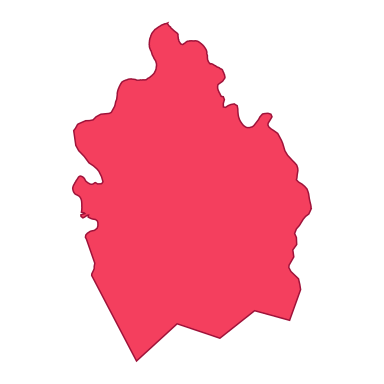 outline of Girard/Babonneau, Castries, Saint Lucia
{"feature_id": "8701671B73614942856081", "entity_name": "Girard/Babonneau", "entity_type": "district", "adm_level": 2, "iso_a3": "LCA", "parent_name": "Saint Lucia", "parent_adm1": "Castries", "projection": "mercator", "projection_center": [-60.96, 14.001], "detail": "fine", "context": "isolated", "style": "filled", "palette": "rose", "viewbox_px": 384, "rotation_deg": 0, "n_neighbors": 0, "source": "geoboundaries", "source_scale": "gbopen_adm2", "svg_char_len": 5729}
<svg xmlns="http://www.w3.org/2000/svg" viewBox="0 0 384 384"><path d="M297.7,168.1L296.7,165.1L294.8,162.9L292.3,160.4L290.5,158.4L287.6,155.3L284.9,150.8L282.7,143.4L281.5,140.5L277.7,133.4L273.6,130.5L271.2,129.0L268.9,127.0L267.9,125.0L268.2,123.1L270.2,119.9L272.0,116.8L270.9,114.2L268.4,113.4L267.6,113.3L264.4,113.6L262.5,114.0L260.0,116.8L258.5,119.6L253.8,125.7L252.3,126.8L249.5,127.6L247.1,127.6L245.7,127.1L243.5,125.5L242.0,123.7L240.5,121.5L239.5,119.6L238.6,116.9L238.2,114.9L237.9,111.8L237.8,108.9L237.2,105.7L235.3,104.6L234.3,103.9L230.9,104.5L228.2,105.6L225.5,107.4L223.4,106.9L223.3,103.5L224.4,99.6L223.3,96.7L221.3,96.4L221.1,96.3L220.9,95.5L220.5,95.1L220.3,94.8L220.3,94.5L220.0,94.0L219.9,93.7L219.7,93.2L219.1,92.5L219.0,92.0L218.9,91.7L218.1,90.0L217.9,89.1L217.7,88.6L217.6,87.8L217.7,87.0L217.6,86.5L217.9,84.9L218.0,84.6L218.6,84.1L220.0,83.1L221.1,82.3L221.6,82.0L222.1,81.6L222.7,81.1L223.1,80.6L223.7,79.6L224.0,79.2L224.6,78.6L224.8,77.7L225.0,77.3L224.8,76.4L224.8,76.1L224.5,75.3L224.5,74.7L224.2,74.1L223.9,73.6L223.7,72.7L223.4,72.3L223.2,71.7L222.9,71.3L222.8,70.8L222.6,70.3L222.4,69.9L222.0,69.5L221.8,69.3L221.1,68.9L220.4,68.8L219.9,68.4L219.8,68.2L219.3,67.8L217.7,67.1L217.4,67.2L216.0,66.2L215.6,65.8L215.0,65.7L214.8,65.5L214.3,65.3L213.7,64.8L213.4,64.6L213.0,64.4L212.7,64.3L212.3,64.1L211.8,63.8L211.5,63.8L211.0,63.7L210.7,63.9L210.5,63.6L209.9,63.7L209.7,63.5L209.4,63.1L209.2,62.9L209.1,62.6L208.7,62.1L208.1,61.1L208.1,60.7L207.8,60.3L207.7,59.9L207.6,59.6L207.5,58.9L207.5,58.4L207.4,57.8L207.4,56.7L207.4,55.5L207.2,55.0L206.8,53.8L206.7,53.4L206.8,52.9L206.8,52.5L206.9,52.2L206.7,51.5L206.5,50.7L206.2,49.9L205.7,49.1L205.5,48.6L204.0,46.5L203.8,46.2L203.5,45.9L203.2,45.6L203.0,45.3L202.6,44.9L202.2,44.6L201.4,43.8L200.9,43.5L200.2,42.9L199.8,42.6L199.5,42.3L199.2,42.2L198.8,41.9L198.4,41.6L197.7,41.3L197.2,41.1L196.8,41.1L195.9,40.8L195.2,40.8L194.8,40.8L194.2,41.0L193.8,40.9L193.2,41.0L192.5,40.9L191.9,40.8L191.2,40.8L190.2,40.9L189.9,40.8L189.5,40.9L189.0,41.2L187.9,41.1L187.5,41.4L187.0,41.4L186.6,41.7L186.2,42.0L185.6,42.4L185.2,42.8L184.8,43.1L184.6,43.3L184.2,43.5L183.8,43.7L183.6,43.9L183.4,44.2L182.9,44.4L182.3,44.5L181.9,44.3L181.1,44.0L180.8,44.0L180.3,43.3L180.2,43.0L179.9,42.7L179.2,41.5L178.9,41.1L178.8,40.5L178.7,39.8L178.7,39.6L178.3,39.1L178.3,38.0L178.2,37.5L178.1,36.8L178.0,36.0L177.9,35.4L178.0,35.1L178.1,34.8L177.8,34.1L177.6,33.6L177.4,33.4L176.8,32.9L174.2,30.9L170.6,27.6L170.5,27.0L169.1,26.0L167.4,23.6L167.7,23.0L166.2,23.6L165.2,23.8L164.2,23.9L163.9,24.3L163.2,24.5L162.8,24.6L162.5,24.7L161.8,25.0L161.2,25.3L160.3,26.0L159.1,26.6L158.3,27.2L157.5,27.7L156.6,28.4L155.8,29.0L154.9,29.5L154.5,30.1L153.9,30.8L152.5,32.5L151.8,33.5L151.6,34.0L151.2,35.0L150.8,35.8L150.7,36.3L150.5,37.2L150.2,37.7L149.9,38.5L149.7,39.5L149.6,40.0L149.5,40.7L149.4,42.0L149.3,42.7L149.3,43.6L149.2,44.8L149.4,45.3L149.4,45.9L149.4,47.0L149.6,47.4L149.8,48.3L150.0,48.6L150.5,50.1L151.0,50.6L151.0,50.9L151.3,51.6L151.8,53.2L152.0,53.9L152.2,54.7L152.6,55.5L152.8,55.8L153.6,57.4L153.9,57.8L153.9,58.2L154.3,58.9L154.7,59.4L155.7,61.1L155.9,61.7L156.2,63.0L156.5,63.7L156.5,64.8L156.6,65.4L156.3,66.2L156.5,66.6L156.2,67.6L156.1,69.0L155.7,69.9L155.3,71.0L154.8,71.8L154.6,72.5L154.3,72.8L154.2,73.2L153.9,73.5L153.4,74.1L152.2,75.2L151.5,76.0L150.7,76.4L150.0,77.2L149.6,77.4L148.9,77.9L147.9,78.3L147.3,78.8L146.3,79.7L144.9,79.9L143.8,79.9L142.9,79.8L142.1,80.0L141.4,80.0L140.2,79.9L139.4,80.2L138.8,80.2L137.8,80.2L136.9,80.2L136.5,80.1L135.7,79.6L134.7,79.4L133.8,79.3L132.8,79.2L132.0,79.1L131.3,78.9L128.9,79.1L127.8,79.4L126.8,79.9L126.1,80.0L124.4,80.7L123.4,81.1L122.9,81.5L122.2,81.9L121.8,82.2L121.3,83.0L121.1,83.5L120.8,83.7L120.4,84.6L120.2,84.8L119.9,85.6L119.4,86.4L119.2,87.0L118.5,88.6L118.2,89.3L117.9,90.3L117.7,91.0L117.4,92.3L117.2,93.6L117.3,93.9L117.2,95.2L116.7,99.2L115.7,101.7L115.1,104.7L114.6,106.4L111.3,112.4L109.3,113.4L100.9,114.2L96.2,116.7L93.0,119.9L89.4,120.6L85.7,120.7L82.9,121.9L78.6,123.8L77.6,124.4L75.4,128.4L73.7,130.6L75.8,145.4L78.7,150.7L84.3,156.5L89.0,162.9L93.4,165.8L96.9,168.9L98.9,171.3L101.5,176.6L103.0,181.8L101.7,183.6L100.9,183.8L98.3,183.9L97.4,183.9L96.5,183.2L95.3,182.6L95.1,182.7L94.7,182.8L93.7,183.6L92.7,184.1L91.6,184.3L90.7,184.2L90.0,184.0L88.8,183.3L87.7,182.7L86.4,181.6L85.8,181.1L85.3,180.3L85.1,179.9L84.7,179.0L83.8,177.8L82.7,176.9L81.6,176.4L80.7,176.1L80.1,176.1L79.6,176.3L79.1,176.6L78.5,177.1L77.7,178.4L77.1,179.4L76.1,180.7L75.7,181.7L75.0,182.6L74.5,183.7L73.6,185.2L73.2,186.2L72.9,187.2L72.7,188.2L72.9,189.7L73.2,190.9L73.7,192.1L74.7,193.6L75.4,194.2L76.4,194.7L77.5,195.2L78.5,195.8L79.3,196.3L79.8,196.9L80.4,197.7L80.9,198.8L81.3,199.8L81.6,201.3L81.8,203.9L81.8,204.9L81.8,206.5L81.9,207.8L81.8,208.8L81.8,209.5L81.7,210.5L81.4,212.2L84.1,212.8L84.9,213.6L82.5,214.3L80.9,214.8L81.0,216.4L82.9,217.9L84.5,217.1L87.2,215.3L88.5,215.1L88.2,216.0L88.2,217.1L91.1,218.6L92.9,219.1L95.5,219.5L97.3,220.9L97.9,222.7L97.9,226.0L97.1,228.3L94.4,230.4L92.2,230.8L90.3,231.3L87.4,233.2L85.8,235.0L85.4,237.3L86.4,239.1L87.7,242.8L94.8,263.2L94.2,266.4L94.2,268.6L93.7,269.9L91.8,273.9L91.7,275.5L136.5,361.0L177.1,323.8L219.9,338.2L244.0,319.1L254.6,310.7L289.6,320.3L300.6,289.6L299.8,284.5L298.5,278.8L290.9,271.5L288.8,267.5L289.1,265.1L293.8,256.9L292.8,249.9L296.7,244.5L296.4,237.5L294.6,233.5L296.4,228.9L299.3,225.6L303.3,219.1L305.6,216.4L308.8,214.0L310.3,210.8L311.3,208.5L310.9,208.1L311.1,207.4L311.0,206.4L310.7,204.6L309.9,201.4L309.3,198.5L308.6,193.7L308.0,191.7L307.0,189.0L304.7,186.4L302.0,184.1L299.1,182.4L298.3,181.8L296.4,179.8L296.9,178.0L297.2,174.9L297.9,170.6L297.7,168.1Z" fill="#f43f5e" stroke="#9f1239" stroke-width="1.5"/></svg>